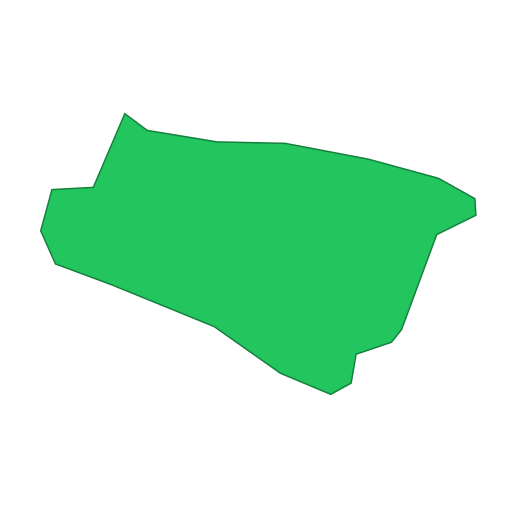 outline of Gateshead, rotated 184°
{"feature_id": "GBR-5665", "entity_name": "Gateshead", "entity_type": "Metropolitan Borough", "adm_level": 1, "iso_a3": "GBR", "parent_name": "United Kingdom", "parent_adm1": "", "projection": "albers", "projection_center": [-1.695, 54.944], "detail": "fine", "context": "isolated", "style": "filled", "palette": "green", "viewbox_px": 512, "rotation_deg": 184, "n_neighbors": 0, "source": "natural_earth", "source_scale": "10m", "svg_char_len": 431}
<svg xmlns="http://www.w3.org/2000/svg" viewBox="0 0 512 512"><g transform="rotate(184 256 256)"><path d="M234.8,370.4L150.5,360.4L79.3,346.2L41.6,328.4L39.5,312.0L77.2,290.0L105.7,192.7L114.8,179.5L149.3,165.0L152.2,135.9L171.8,123.2L223.4,140.7L292.7,182.6L397.4,217.0L455.5,234.1L472.5,266.1L464.2,308.0L423.1,313.1L396.8,388.8L373.3,373.7L303.0,367.1L234.8,370.4Z" fill="#22c55e" stroke="#15803d" stroke-width="1.5"/></g></svg>